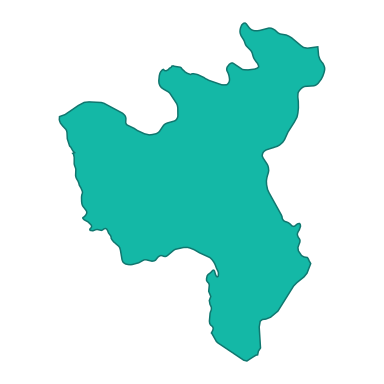 Hwanghae-bukto, Equal Earth projection
{"feature_id": "PRK-3303", "entity_name": "Hwanghae-bukto", "entity_type": "Province", "adm_level": 1, "iso_a3": "PRK", "parent_name": "North Korea", "parent_adm1": "", "projection": "equal_earth", "projection_center": [126.361, 38.471], "detail": "fine", "context": "isolated", "style": "filled", "palette": "teal", "viewbox_px": 384, "rotation_deg": 0, "n_neighbors": 0, "source": "natural_earth", "source_scale": "10m", "svg_char_len": 5074}
<svg xmlns="http://www.w3.org/2000/svg" viewBox="0 0 384 384"><path d="M310.7,263.6L307.0,273.2L304.0,276.9L296.9,282.6L293.6,286.0L277.9,311.1L270.6,317.2L265.8,319.1L262.4,319.5L260.2,321.2L259.2,327.0L260.5,347.9L260.5,348.0L258.4,351.2L257.6,354.9L255.9,355.2L251.9,357.7L246.9,361.0L243.7,360.2L217.9,342.9L216.4,341.5L211.9,333.5L211.4,333.0L212.5,330.9L212.9,329.9L213.2,328.5L212.9,327.2L211.8,325.9L210.6,325.0L209.7,323.4L209.4,321.0L210.1,313.3L210.6,311.5L211.1,310.5L211.4,309.0L211.3,307.1L210.0,304.3L209.3,300.5L210.8,296.5L208.7,291.3L209.3,285.0L208.7,283.2L207.7,282.2L206.6,280.6L206.5,278.9L207.1,276.0L208.1,274.5L210.4,272.8L211.4,271.8L212.3,270.8L213.2,270.1L214.0,270.3L214.5,271.0L215.5,274.5L216.0,275.7L216.7,276.6L217.2,276.9L218.1,276.4L218.4,275.0L218.4,272.6L217.8,270.9L216.5,268.3L215.1,264.5L213.9,262.2L212.2,259.8L211.1,258.7L210.1,257.7L208.9,257.1L199.5,252.8L194.2,249.7L189.9,248.0L187.5,247.4L183.4,247.5L175.4,249.3L174.4,249.8L173.4,250.5L167.6,255.4L166.4,256.2L165.3,256.5L164.1,256.4L161.8,255.6L160.6,255.6L159.5,256.0L158.3,256.8L157.4,257.8L155.5,260.2L154.0,260.9L152.0,261.2L146.2,259.8L144.4,259.8L143.2,260.3L138.7,262.8L131.9,264.6L130.3,264.7L128.5,264.6L125.6,264.0L124.0,263.0L122.9,261.9L122.4,260.7L122.0,259.5L120.4,250.0L119.7,247.6L118.7,246.2L113.6,241.8L112.2,240.0L111.2,238.4L111.1,237.1L110.7,235.9L108.5,232.9L107.6,230.5L106.6,229.0L105.5,228.5L104.5,228.7L103.5,229.2L102.6,229.9L101.5,230.4L97.4,229.5L95.9,229.6L92.9,230.8L90.2,230.4L89.8,229.6L90.1,228.7L91.0,227.9L91.4,227.3L91.6,226.4L91.3,225.2L90.2,224.0L87.9,221.8L84.2,219.8L82.9,218.4L82.9,217.6L84.4,216.6L85.2,215.7L86.0,214.7L86.6,213.5L86.8,212.5L86.6,211.5L86.3,210.7L83.0,206.4L82.6,205.7L82.2,204.8L81.9,203.7L81.6,201.4L81.5,197.5L81.6,196.2L81.8,194.9L82.3,193.6L82.5,192.4L82.3,191.2L80.9,187.9L79.3,185.2L78.8,183.1L78.0,181.1L76.5,178.6L75.9,177.0L75.6,175.4L75.8,170.3L75.8,169.0L75.4,167.7L74.5,165.2L74.2,164.0L74.2,157.4L73.6,154.4L72.7,153.3L74.6,152.7L72.9,150.9L70.8,147.2L69.6,146.0L67.3,138.8L67.0,132.6L66.6,130.8L65.9,129.4L62.6,125.9L60.5,123.2L59.7,121.2L59.3,119.7L59.5,116.6L65.0,114.6L78.3,105.5L84.2,102.4L89.1,101.9L101.2,102.5L104.0,103.3L122.5,113.2L123.5,114.1L124.5,115.1L125.3,116.2L125.7,117.4L125.9,118.6L125.7,122.5L126.1,123.8L127.1,125.0L134.2,128.4L137.3,130.5L144.5,133.8L149.3,134.9L152.0,134.6L155.9,133.8L157.4,133.1L158.7,132.2L159.7,131.1L162.9,126.3L163.8,125.1L165.3,123.9L167.3,123.0L174.4,121.0L175.5,120.4L176.5,119.4L177.2,118.3L177.7,117.1L177.9,115.9L177.8,107.9L177.6,106.7L177.4,105.6L177.0,104.4L176.4,103.2L169.8,93.2L169.2,92.6L168.2,91.8L163.8,89.3L161.6,87.8L160.6,86.7L159.9,85.6L159.4,84.4L159.0,83.2L158.9,82.0L158.8,80.7L159.3,75.8L159.6,74.5L160.0,73.1L160.8,71.6L162.4,69.8L163.4,69.4L164.6,70.6L166.1,70.8L168.2,69.7L169.5,68.2L171.1,67.4L172.0,66.0L173.4,65.9L174.4,66.3L180.1,67.2L181.0,67.6L182.2,69.2L184.3,71.1L185.0,71.9L187.3,73.3L190.6,74.5L192.0,73.8L193.2,73.7L196.9,74.4L198.1,74.8L203.9,77.5L205.1,78.4L206.2,79.0L207.1,79.4L208.7,80.3L221.7,84.8L223.8,84.9L226.7,84.8L227.9,83.8L228.7,82.7L229.2,81.7L229.4,80.8L229.5,80.0L229.5,79.1L229.3,77.4L228.9,75.3L228.1,73.0L226.9,70.6L226.7,69.0L227.1,67.2L229.3,64.3L230.8,63.3L232.1,62.9L233.4,63.4L242.5,69.5L244.9,69.8L248.1,69.9L254.7,69.1L257.3,68.1L258.7,66.9L258.5,65.7L258.1,64.7L257.5,63.4L256.1,61.7L254.4,59.2L253.7,57.9L253.2,56.6L252.1,52.8L251.5,51.6L250.7,50.4L246.4,46.0L245.6,44.8L245.1,43.5L244.2,40.9L243.5,39.6L241.1,35.8L240.6,34.5L240.2,33.2L240.0,31.8L240.1,30.0L240.5,28.0L241.7,25.0L243.5,23.3L245.0,23.0L246.3,23.9L249.1,27.7L250.2,28.8L251.4,29.7L252.8,30.3L254.2,30.7L257.2,30.8L259.9,30.4L268.7,28.1L270.1,28.1L271.5,28.3L272.9,28.9L275.1,30.2L277.8,32.7L279.1,33.5L280.3,34.0L286.2,35.0L288.9,36.2L291.6,37.8L301.1,45.8L303.6,47.5L307.5,48.2L317.8,46.8L318.6,55.7L319.9,59.5L321.8,62.2L322.9,63.4L323.1,63.8L323.9,65.5L324.3,66.6L324.6,67.7L324.7,69.0L324.5,70.6L324.0,72.7L322.8,76.1L321.3,79.1L318.2,83.2L317.1,84.2L316.0,85.0L314.9,85.5L313.7,85.8L305.1,86.4L304.0,86.7L302.8,87.3L301.7,88.1L300.6,89.1L299.6,90.3L298.8,91.4L298.1,92.7L297.9,94.6L297.8,97.0L298.3,101.5L298.4,107.9L297.9,112.8L297.4,115.4L296.9,117.3L294.2,122.3L288.0,132.0L284.6,139.5L283.0,141.9L281.9,143.0L279.6,145.0L277.3,146.3L266.4,149.8L265.2,150.5L264.1,151.3L263.2,152.4L262.6,153.6L262.2,155.6L262.2,156.0L263.2,158.2L267.2,164.3L267.9,165.8L268.4,167.6L268.7,170.5L268.4,172.3L268.0,173.8L267.6,175.0L266.9,177.6L266.5,180.1L266.4,181.3L266.6,184.9L267.6,189.7L269.0,192.7L281.3,214.9L282.0,216.6L282.2,218.2L282.8,219.6L284.1,221.0L285.3,221.6L286.7,222.0L288.3,222.7L289.9,223.8L292.1,226.0L293.6,226.4L294.6,226.2L296.6,224.5L297.5,223.9L298.5,223.6L299.6,223.5L300.3,224.6L300.5,226.3L299.3,229.8L298.2,231.6L297.5,233.2L297.3,234.5L297.8,236.3L298.3,237.3L299.7,239.4L300.0,240.7L299.8,242.3L298.8,244.9L297.9,247.6L298.4,250.9L301.5,255.5L302.6,256.2L304.2,257.0L307.3,257.5L308.0,258.4L308.6,259.5L309.0,260.6L310.7,263.5L310.7,263.6Z" fill="#14b8a6" stroke="#0f766e" stroke-width="1.5"/></svg>